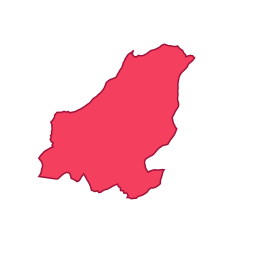 the district of Iaras, São Paulo, Brazil, rotated 44°
{"feature_id": "56859067B24028623946293", "entity_name": "Iaras", "entity_type": "district", "adm_level": 2, "iso_a3": "BRA", "parent_name": "Brazil", "parent_adm1": "São Paulo", "projection": "natural_earth1", "projection_center": [-49.105, -22.813], "detail": "fine", "context": "isolated", "style": "filled", "palette": "rose", "viewbox_px": 256, "rotation_deg": 44, "n_neighbors": 0, "source": "geoboundaries", "source_scale": "gbopen_adm2", "svg_char_len": 2590}
<svg xmlns="http://www.w3.org/2000/svg" viewBox="0 0 256 256"><g transform="rotate(44 128 128)"><path d="M84.9,211.8L86.7,212.0L88.9,212.2L91.9,213.6L93.5,215.4L95.0,218.4L96.2,219.9L97.1,222.1L97.6,224.8L111.4,214.8L112.9,213.4L113.2,207.4L113.9,204.3L114.8,202.6L116.0,201.4L118.4,201.4L120.2,202.4L122.2,203.7L124.1,202.9L126.7,202.2L128.4,202.1L129.3,200.5L129.2,198.3L128.4,195.5L128.0,191.8L138.6,194.8L141.3,195.9L142.7,196.7L144.8,198.1L148.3,196.7L149.7,194.4L151.7,194.7L152.9,193.4L153.5,190.7L154.2,188.5L155.6,186.4L156.5,183.5L157.2,181.1L158.0,178.7L159.5,175.6L161.9,176.8L163.8,176.2L166.1,178.2L168.1,176.4L170.4,177.7L172.2,175.7L174.9,176.4L175.7,178.7L177.1,177.3L179.3,176.7L181.0,174.7L182.8,172.6L182.9,169.8L184.1,168.1L185.2,165.7L185.8,163.3L186.2,161.1L185.8,158.1L186.2,155.0L187.8,153.7L188.6,152.0L189.4,150.0L189.8,147.7L189.9,145.6L187.4,142.7L186.4,140.5L184.6,137.1L183.5,135.2L182.9,132.9L181.1,134.6L179.2,137.0L175.8,140.0L173.6,143.9L173.3,145.8L169.9,145.1L167.9,144.2L165.7,142.7L163.6,141.2L162.4,139.0L162.5,136.7L163.4,133.3L164.4,130.9L164.6,128.3L164.3,124.7L164.2,121.8L164.6,119.3L165.2,116.4L166.9,113.8L167.9,112.1L167.2,109.1L166.7,106.4L166.5,104.2L165.9,100.5L164.8,97.4L163.5,94.6L161.5,94.6L159.6,93.6L157.9,93.3L155.2,91.7L152.5,89.8L151.4,85.9L150.5,83.3L149.4,77.8L148.3,76.1L146.8,74.8L144.3,73.5L142.2,71.3L140.5,68.9L138.1,67.0L136.7,65.0L133.1,61.5L132.0,59.8L129.4,56.0L128.6,53.8L128.1,51.7L128.1,48.5L128.3,45.7L128.1,42.9L127.1,40.2L127.6,34.7L127.2,31.3L124.3,31.2L122.4,32.5L121.1,34.5L120.2,36.6L118.8,35.4L116.2,35.3L113.2,34.3L110.7,34.9L108.4,34.9L106.8,34.5L105.7,36.3L103.7,38.0L101.7,39.2L99.9,40.7L95.9,42.6L94.8,45.3L94.6,48.0L93.6,50.9L92.5,53.6L90.6,56.5L90.0,60.8L89.4,63.1L88.4,65.7L86.7,67.5L85.1,68.4L84.7,70.8L83.1,72.3L79.5,72.0L78.0,68.3L78.1,71.0L77.3,73.2L77.1,75.2L77.5,77.6L77.9,80.0L78.8,82.0L79.2,84.0L80.1,85.7L81.6,88.7L82.0,91.7L82.7,94.4L83.5,97.5L84.2,99.8L83.4,101.8L82.5,103.7L81.6,105.4L81.1,107.6L80.8,110.1L81.6,112.2L82.9,115.0L83.5,117.7L83.7,120.2L83.8,122.3L83.4,124.5L83.5,127.3L82.9,129.2L82.6,132.1L83.0,134.6L82.9,137.2L82.4,139.3L81.8,142.8L81.2,145.3L80.7,147.5L79.7,149.6L79.0,152.2L77.0,155.4L75.2,157.6L73.6,157.6L72.6,159.4L70.4,160.5L69.2,163.1L67.5,164.6L66.1,166.1L66.2,169.3L67.7,171.7L68.4,174.5L68.4,177.4L70.9,178.4L72.4,179.9L74.4,181.7L75.7,184.0L77.4,185.2L77.5,187.2L79.4,188.2L79.9,190.2L82.3,191.1L84.6,190.8L85.4,193.2L87.2,193.7L86.1,195.9L85.2,199.2L84.2,202.6L84.2,206.0L84.3,208.7L84.9,211.8Z" fill="#f43f5e" stroke="#9f1239" stroke-width="1.5"/></g></svg>